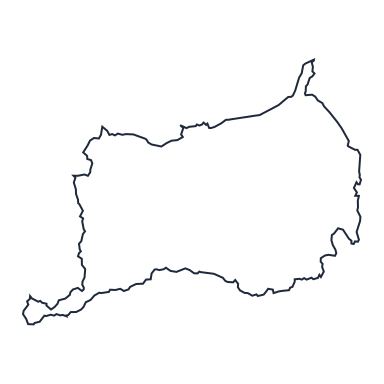 Orocovis, Puerto Rico
{"feature_id": "32010507B68011232458605", "entity_name": "Orocovis", "entity_type": "district", "adm_level": 2, "iso_a3": "PRI", "parent_name": "Puerto Rico", "parent_adm1": "", "projection": "orthographic", "projection_center": [-66.447, 18.221], "detail": "fine", "context": "isolated", "style": "outline", "palette": "slate", "viewbox_px": 384, "rotation_deg": 0, "n_neighbors": 0, "source": "geoboundaries", "source_scale": "gbopen_adm2", "svg_char_len": 3279}
<svg xmlns="http://www.w3.org/2000/svg" viewBox="0 0 384 384"><path d="M30.1,296.1L29.9,298.9L27.1,301.3L28.3,304.7L23.7,310.7L23.0,314.1L26.2,318.9L28.1,324.1L33.6,324.4L34.5,323.0L39.7,321.7L44.3,315.7L46.4,316.0L50.7,314.7L54.1,315.6L56.5,314.1L60.4,315.4L62.6,314.9L66.5,316.3L66.2,315.5L68.2,315.1L70.7,312.1L76.2,312.0L81.0,309.6L83.5,307.0L85.8,302.2L90.5,300.0L94.4,295.5L99.3,292.7L101.1,293.1L108.9,291.9L110.1,289.7L115.4,290.0L120.2,288.8L122.3,290.0L123.8,291.0L128.5,289.4L130.1,286.9L136.1,284.0L143.0,283.7L146.0,279.6L150.7,279.3L151.6,273.4L154.7,269.5L156.4,269.3L159.4,270.1L163.8,269.2L165.9,267.7L170.5,270.9L176.4,271.9L185.3,268.4L189.6,270.0L194.1,273.3L197.6,273.4L199.3,271.6L200.6,272.1L213.9,273.8L222.9,277.8L225.3,280.9L227.8,282.0L233.2,282.3L235.2,280.0L238.1,283.8L237.9,287.2L240.0,290.4L244.6,292.9L247.8,293.1L252.3,295.7L256.5,294.4L257.8,296.0L263.7,294.6L266.0,291.8L268.1,288.8L272.8,289.6L273.6,293.1L278.8,291.4L282.9,290.8L289.0,290.2L290.2,287.6L292.4,286.9L294.7,281.8L294.7,279.3L299.5,278.8L301.8,279.6L304.1,278.1L306.6,279.6L311.4,277.7L313.4,279.2L317.9,277.9L319.4,274.8L320.9,277.0L323.8,271.6L322.1,266.9L322.6,263.9L320.7,261.7L320.8,258.2L325.0,255.5L328.4,254.8L335.0,255.8L336.3,253.1L335.4,249.6L332.9,245.3L331.4,240.2L331.9,235.0L334.1,233.5L338.1,228.3L343.0,229.7L348.9,238.7L351.4,240.7L351.4,243.5L353.7,244.0L355.0,241.4L357.9,241.7L358.9,239.7L356.6,232.0L360.1,220.9L360.4,216.7L357.3,210.5L358.0,207.2L357.8,200.7L358.9,195.9L355.3,195.8L356.9,192.4L353.9,188.0L356.5,182.2L358.0,184.3L359.6,184.3L361.0,179.8L359.5,177.3L359.8,174.9L359.1,171.5L360.3,154.9L357.5,149.8L355.0,149.8L349.4,146.9L347.9,146.1L347.7,145.7L348.8,141.0L341.6,128.2L337.4,122.2L329.9,112.7L324.0,106.3L322.4,103.1L317.8,100.4L315.2,96.6L312.1,94.7L305.6,95.2L304.9,93.3L305.7,91.5L305.9,86.3L307.5,84.6L309.7,78.0L312.4,76.3L314.5,73.5L312.4,71.4L312.9,66.8L311.7,62.3L313.9,60.5L314.0,59.6L305.3,63.6L303.2,65.4L301.7,73.3L299.1,77.7L295.2,90.6L292.9,95.5L291.3,96.8L288.2,97.0L280.0,103.9L278.9,104.9L259.6,115.1L254.8,115.7L229.8,119.5L228.7,119.8L227.0,119.7L225.8,119.9L221.1,123.4L214.4,127.0L211.0,128.0L209.2,128.0L207.4,123.6L206.1,124.9L203.6,122.6L201.9,124.6L199.4,125.5L196.8,124.5L195.8,126.1L189.2,126.8L186.5,128.1L180.2,125.2L183.3,128.0L181.1,134.5L182.2,136.0L182.8,137.0L177.4,140.1L171.5,140.7L166.6,143.1L161.4,146.5L151.6,144.5L148.2,142.5L146.7,139.9L145.5,138.8L133.3,134.4L126.0,134.1L122.3,134.8L117.9,133.6L114.9,135.4L112.3,134.1L109.4,134.9L107.2,130.8L102.3,126.7L102.1,127.8L101.0,134.7L98.9,138.5L94.0,138.0L90.0,140.6L87.6,145.5L83.2,152.4L87.1,155.9L87.3,159.0L91.0,160.1L92.3,163.4L90.4,169.4L90.2,172.3L87.9,175.8L84.5,174.5L77.7,175.8L73.5,175.7L75.4,177.7L73.8,182.6L75.9,189.3L76.0,193.9L78.0,199.7L78.2,203.2L79.3,204.1L82.9,210.8L80.0,216.4L83.1,218.4L82.2,221.3L83.7,229.2L85.0,231.3L82.9,234.1L81.3,241.2L79.0,243.7L79.7,249.2L80.8,251.4L79.0,253.1L78.0,256.3L81.8,258.8L81.9,264.9L85.2,269.0L84.5,277.6L82.5,281.6L82.3,284.8L83.8,287.6L83.7,289.5L82.0,291.0L77.8,287.9L72.9,289.5L70.3,292.4L69.9,294.8L65.3,298.6L58.8,300.3L57.5,303.8L54.5,307.1L51.0,309.5L46.5,305.6L46.5,303.7L42.2,302.8L40.2,300.9L38.2,301.7L31.9,298.4L30.1,296.1Z" fill="none" stroke="#1e293b" stroke-width="2"/></svg>